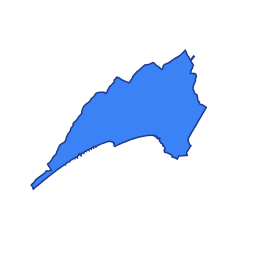 Coveñas, Sucre, Colombia (Natural Earth projection), rotated 204°
{"feature_id": "7082276B10536000233920", "entity_name": "Coveñas", "entity_type": "district", "adm_level": 2, "iso_a3": "COL", "parent_name": "Colombia", "parent_adm1": "Sucre", "projection": "natural_earth1", "projection_center": [-75.653, 9.406], "detail": "fine", "context": "isolated", "style": "filled", "palette": "blue", "viewbox_px": 256, "rotation_deg": 204, "n_neighbors": 0, "source": "geoboundaries", "source_scale": "gbopen_adm2", "svg_char_len": 5708}
<svg xmlns="http://www.w3.org/2000/svg" viewBox="0 0 256 256"><g transform="rotate(204 128 128)"><path d="M136.6,193.5L137.9,192.7L138.3,192.3L142.0,184.2L143.0,182.5L143.4,180.8L143.9,179.4L144.5,176.8L144.4,176.6L144.3,175.7L145.3,169.8L149.9,169.5L151.7,169.6L152.8,169.4L154.8,169.9L155.6,169.9L156.7,170.2L157.1,170.2L158.6,169.8L159.0,169.9L159.3,168.3L160.1,166.0L159.3,164.8L160.8,160.0L161.5,159.1L161.9,155.1L161.9,151.5L162.0,150.9L162.7,150.4L162.9,150.4L163.4,151.0L165.0,150.7L168.4,149.1L170.4,147.7L171.1,147.0L171.7,145.5L171.8,143.3L171.9,142.7L173.4,140.1L173.6,139.3L173.7,137.3L173.8,136.6L174.6,135.4L174.9,134.6L176.2,132.5L176.6,131.2L177.1,129.8L177.3,128.2L177.1,124.7L176.5,123.6L176.3,122.0L177.6,118.3L178.0,114.9L178.4,114.1L179.9,109.9L179.9,109.6L179.9,109.2L179.3,109.0L179.1,108.6L179.1,108.1L179.3,106.9L180.0,105.1L180.0,104.6L179.8,103.5L179.6,101.6L179.7,100.8L180.3,98.9L180.4,98.3L180.5,95.0L180.2,92.9L179.9,91.7L179.9,91.1L180.2,90.3L180.3,89.5L180.8,88.4L181.4,87.9L182.5,86.1L182.7,85.7L183.3,84.6L183.4,83.5L183.3,82.3L183.5,81.1L183.3,78.7L183.4,77.7L183.1,75.3L183.2,75.0L183.3,74.3L184.1,72.6L184.5,71.1L184.6,70.3L184.8,67.5L185.3,65.5L186.3,63.2L186.8,62.3L185.2,61.1L183.3,60.0L181.0,58.5L181.1,58.3L181.3,58.5L182.3,57.0L183.0,56.3L183.3,56.2L183.9,56.1L184.4,55.9L184.8,55.9L185.1,55.6L185.3,55.3L185.3,54.9L185.6,53.2L187.5,49.9L190.3,45.2L190.8,44.1L191.1,43.2L191.4,42.6L191.4,42.1L191.6,41.5L191.8,39.7L192.1,39.1L192.5,38.7L193.2,36.5L191.7,35.6L190.6,35.1L190.1,34.7L190.3,34.1L189.4,33.7L189.4,34.1L189.2,34.7L187.6,38.2L187.1,38.8L186.6,38.6L186.9,38.9L186.8,39.3L186.4,40.4L185.8,41.4L185.4,42.5L184.9,43.5L184.5,44.1L183.9,45.5L183.5,46.3L183.2,46.6L183.2,47.0L182.4,48.4L182.1,49.0L181.8,49.2L181.5,50.2L181.0,51.2L180.5,51.8L179.8,53.6L179.2,54.3L178.6,55.7L177.8,56.9L176.9,58.8L176.4,59.4L176.2,60.0L175.8,60.9L175.4,61.6L175.0,61.9L174.4,63.3L173.4,64.4L173.3,65.1L172.9,65.9L172.2,66.8L172.0,67.4L171.6,68.1L170.7,68.8L170.3,68.9L170.5,69.1L170.5,69.3L169.9,71.0L169.6,71.5L169.2,71.8L169.2,72.1L168.8,72.7L168.3,73.1L167.7,73.3L167.6,74.0L167.1,75.5L166.4,76.1L166.0,77.2L165.0,78.1L164.1,78.4L164.3,78.7L164.3,79.0L163.9,79.9L163.4,80.3L162.2,80.2L162.5,80.7L162.6,81.3L162.4,81.9L161.8,83.3L162.3,83.7L162.3,84.1L162.1,84.6L161.6,84.3L161.0,84.5L160.8,84.5L160.5,84.2L159.9,84.0L159.6,83.7L159.6,84.2L160.1,85.1L160.2,85.6L159.3,86.9L158.8,87.1L158.1,86.9L158.3,87.8L158.2,88.6L158.0,89.0L157.8,89.0L157.4,89.4L156.5,89.5L156.6,90.7L156.3,91.3L155.6,92.0L155.2,92.1L154.6,91.8L154.8,92.3L154.8,93.0L154.3,93.7L153.4,93.9L153.0,93.8L153.2,94.7L153.1,95.2L152.7,95.8L152.3,95.8L152.0,95.9L151.4,95.5L151.2,95.7L151.6,96.2L151.7,96.8L151.5,97.1L151.2,97.3L150.9,97.0L151.1,97.6L150.8,97.8L150.6,97.8L149.7,97.4L149.4,97.8L149.5,98.3L149.4,98.4L148.9,99.3L146.3,102.3L142.4,106.0L141.0,107.3L139.9,108.0L138.9,108.5L137.4,108.8L136.8,108.7L136.6,108.9L136.0,108.9L135.5,108.8L135.0,108.2L134.8,108.7L134.3,108.3L134.4,108.0L134.2,107.7L133.6,106.4L133.3,106.1L133.0,105.9L132.7,105.8L132.4,105.8L132.1,106.4L129.5,109.6L129.4,109.5L129.2,109.7L127.6,111.6L125.9,113.4L125.5,113.6L123.8,115.5L123.7,115.6L123.6,115.8L123.1,116.2L122.3,117.1L120.9,118.4L120.5,118.9L119.9,119.3L118.1,121.1L118.0,120.9L114.5,124.1L114.4,124.0L112.9,125.2L109.7,127.4L107.0,129.2L103.6,130.9L101.2,131.9L100.5,131.9L100.4,131.3L99.3,131.9L98.3,131.9L97.9,131.7L97.5,131.0L97.6,130.7L98.0,130.8L98.1,130.7L96.9,130.3L96.9,130.5L97.3,130.6L97.3,130.9L97.1,131.1L96.8,131.4L95.8,131.5L95.0,131.4L95.3,131.1L94.9,130.9L95.0,130.7L94.9,130.5L95.0,130.3L94.6,130.2L94.3,130.0L94.1,129.2L93.9,128.9L93.2,128.7L92.9,128.4L91.7,127.6L91.3,127.5L91.1,127.6L90.8,127.4L90.2,127.6L89.8,127.4L89.1,126.9L89.1,126.2L88.4,126.1L88.4,125.8L86.7,125.5L85.7,123.9L85.6,123.6L85.9,123.4L85.8,123.0L85.9,122.9L85.7,122.5L85.7,122.3L85.7,122.1L85.4,122.1L85.1,121.9L85.0,121.6L85.1,121.3L84.8,120.9L84.4,120.7L82.8,121.2L82.6,121.3L79.9,121.2L78.6,121.4L78.6,121.1L77.4,121.0L76.4,120.5L76.1,119.7L75.8,119.6L75.6,119.4L75.1,119.7L74.8,119.6L74.3,119.8L72.5,119.8L72.3,120.1L70.5,119.5L70.3,120.1L70.3,120.9L70.2,122.9L70.3,123.1L62.8,127.0L63.0,127.7L64.4,128.7L64.5,128.8L63.7,135.7L63.6,136.3L63.4,136.6L63.4,137.6L64.7,137.6L66.8,139.8L67.7,140.3L67.9,140.6L67.9,141.6L68.6,142.0L68.7,142.7L68.1,148.7L68.1,149.2L67.6,154.2L67.2,157.0L66.9,158.6L66.8,161.9L66.5,163.2L66.5,164.0L65.8,169.3L65.7,171.7L65.4,172.8L65.4,173.5L65.3,174.3L65.2,175.2L65.0,176.5L64.9,178.7L65.5,178.7L66.9,179.2L67.6,179.1L69.0,179.4L70.3,179.4L71.3,179.1L71.9,179.1L72.8,179.5L73.4,180.0L74.0,180.7L73.8,181.0L74.2,181.0L74.3,181.0L75.4,181.7L76.0,182.4L76.4,183.1L76.9,184.2L77.7,185.1L78.3,186.2L79.5,186.5L80.1,186.5L81.2,186.9L82.0,187.6L82.9,188.8L84.5,190.1L85.2,192.0L85.6,195.8L85.4,196.6L85.4,197.5L85.9,199.4L86.3,200.3L86.4,201.2L86.5,203.0L87.8,204.6L88.1,204.5L89.0,204.9L89.6,204.3L89.8,204.3L89.9,204.7L90.1,204.8L91.7,203.8L92.2,203.6L92.8,203.7L93.3,203.5L93.3,204.0L93.5,204.4L93.4,205.0L93.6,205.4L93.6,206.3L94.0,206.6L94.0,206.9L93.7,207.5L93.7,208.2L93.4,209.0L94.0,210.2L93.7,211.9L96.8,214.0L98.0,214.9L97.0,218.7L96.5,220.0L97.3,220.5L98.2,216.9L98.6,216.0L98.9,215.7L99.2,215.7L99.8,216.0L100.3,216.6L101.9,218.0L102.7,218.1L103.2,218.4L106.5,221.7L107.3,222.3L107.9,220.7L109.3,216.8L110.2,215.1L113.6,210.4L114.1,209.4L115.4,207.6L116.4,205.7L117.1,204.6L118.0,203.4L118.8,202.7L119.2,202.1L119.8,201.6L120.8,200.2L121.0,199.1L120.8,198.1L120.6,195.8L120.6,195.5L120.8,195.3L121.9,195.3L123.3,195.8L124.0,196.1L124.8,196.3L128.1,196.8L130.1,197.8L131.7,198.0L132.1,197.7L133.3,196.2L135.9,193.4L136.6,193.5Z" fill="#3b82f6" stroke="#1e3a8a" stroke-width="1.5"/></g></svg>